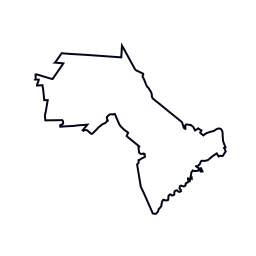 Rosiori De Vede, Teleorman, Romania (Mercator projection), rotated 100°
{"feature_id": "2599482B51829763459772", "entity_name": "Rosiori De Vede", "entity_type": "district", "adm_level": 2, "iso_a3": "ROU", "parent_name": "Romania", "parent_adm1": "Teleorman", "projection": "mercator", "projection_center": [24.982, 44.064], "detail": "fine", "context": "isolated", "style": "outline", "palette": "ink", "viewbox_px": 256, "rotation_deg": 100, "n_neighbors": 0, "source": "geoboundaries", "source_scale": "gbopen_adm2", "svg_char_len": 4981}
<svg xmlns="http://www.w3.org/2000/svg" viewBox="0 0 256 256"><g transform="rotate(100 128 128)"><path d="M157.8,112.0L160.4,111.5L162.3,112.7L166.6,111.2L180.2,106.4L181.1,106.1L183.5,105.3L189.5,101.0L197.4,95.7L205.5,90.3L207.8,88.8L207.9,87.5L207.9,87.0L207.8,86.5L207.6,85.6L206.5,84.8L206.1,84.5L205.7,84.2L204.6,83.9L203.2,83.7L202.3,83.6L201.0,82.6L200.3,82.2L199.7,81.9L198.3,81.5L197.6,81.8L195.7,81.7L194.1,81.5L192.7,80.9L192.4,80.1L192.8,79.1L192.6,77.8L192.4,76.5L191.7,75.9L189.0,76.2L187.5,76.3L186.5,75.5L186.0,74.5L186.3,74.0L186.8,73.3L186.6,72.1L185.9,71.1L185.2,70.9L183.7,71.2L182.4,71.1L181.5,70.4L180.9,69.1L181.5,67.9L182.0,66.9L181.9,65.9L181.0,64.9L179.9,65.1L178.7,66.7L177.9,66.9L176.1,66.6L175.5,65.7L175.7,64.3L175.9,63.2L175.4,62.0L174.3,61.4L173.2,61.6L172.5,61.4L172.5,61.1L171.5,60.5L171.2,59.7L170.5,59.5L169.7,57.9L169.1,57.9L169.3,58.5L168.9,58.9L168.6,59.8L167.8,60.1L167.2,60.1L167.3,59.4L167.1,58.3L166.9,57.4L167.0,56.4L166.4,56.6L165.4,56.7L165.3,57.5L165.1,57.9L164.2,57.8L163.3,57.8L162.3,57.8L160.9,57.9L160.0,57.6L158.6,56.9L158.9,55.4L158.3,52.9L157.7,51.4L156.9,51.2L156.2,50.7L156.4,50.4L158.3,48.8L157.8,47.1L156.5,47.8L157.6,47.4L157.9,48.4L157.4,48.6L157.1,48.1L156.8,48.3L156.1,48.4L155.6,48.6L155.3,48.8L155.0,49.0L154.9,49.2L155.0,49.4L155.2,49.8L155.7,50.3L156.1,50.6L155.2,51.5L155.0,52.0L154.0,54.3L153.8,54.3L153.4,53.0L153.0,52.5L152.4,51.9L151.4,51.2L150.2,50.8L148.2,50.4L147.4,49.6L147.3,48.0L147.0,46.4L146.5,45.5L146.0,44.3L145.7,43.7L144.2,42.4L141.6,40.3L141.0,39.7L140.2,38.9L137.6,36.2L140.3,33.9L139.6,33.1L139.1,29.9L134.1,27.7L130.9,29.9L130.2,28.6L125.3,31.6L124.0,32.2L119.3,33.4L115.6,34.2L115.1,34.4L113.6,35.5L112.8,36.5L112.6,38.0L113.3,40.0L115.5,42.6L116.2,43.2L116.5,44.1L116.9,45.0L117.1,45.5L117.8,47.0L118.3,47.7L118.4,48.0L119.5,49.8L119.8,50.2L120.2,50.6L121.0,51.4L121.2,51.6L122.2,52.5L121.8,53.2L120.6,55.4L120.4,55.7L120.2,55.9L120.0,56.1L117.6,55.3L117.4,56.0L116.4,58.5L116.2,58.7L116.4,58.9L116.5,59.1L116.7,59.3L116.9,59.5L117.1,59.7L117.3,59.9L117.5,60.1L117.6,60.3L117.8,60.5L118.0,60.7L118.2,60.9L118.4,61.1L118.6,61.3L118.8,61.6L115.7,63.8L114.1,66.7L114.3,68.1L114.2,69.9L114.3,70.7L114.5,71.4L115.4,72.0L117.7,71.6L118.8,71.4L118.7,72.0L118.6,72.4L118.5,72.5L118.4,72.7L118.2,72.9L117.9,73.1L117.6,73.4L117.4,73.5L117.2,73.6L116.3,73.9L116.0,74.1L113.4,75.6L113.1,75.8L112.9,76.0L112.7,76.2L112.5,76.5L112.1,77.2L110.8,79.5L110.7,79.8L110.4,80.3L109.6,81.8L108.7,83.3L108.1,84.5L107.4,85.7L106.9,86.6L106.7,87.0L106.2,87.9L99.9,99.2L95.8,106.7L95.7,106.8L95.0,108.0L94.8,108.4L94.4,108.8L93.9,109.3L93.6,109.6L93.3,109.7L93.0,109.9L91.2,110.3L90.9,110.4L90.5,110.5L90.3,110.6L90.0,110.8L89.5,111.0L89.1,111.3L88.7,111.5L85.1,114.7L84.9,114.9L84.7,115.1L84.6,115.3L84.2,116.0L83.9,116.4L83.8,116.6L83.5,116.8L78.4,120.0L77.7,120.4L76.4,121.3L76.2,121.5L75.4,122.2L75.3,122.3L75.0,122.5L74.8,122.5L74.5,122.6L74.2,122.7L73.9,122.6L73.7,122.6L73.4,122.5L73.0,122.3L72.8,122.2L72.6,122.2L72.4,122.3L72.2,122.4L72.0,122.6L71.9,122.6L71.8,122.8L71.7,123.1L71.4,124.3L70.9,125.9L70.9,126.0L70.3,128.1L69.8,130.0L69.6,130.4L69.5,130.6L69.2,131.0L68.3,131.8L60.6,138.0L50.6,146.0L49.7,146.7L49.7,146.9L49.6,147.0L48.1,148.2L59.6,146.9L63.3,182.5L65.0,197.0L65.1,197.8L65.9,206.3L76.2,211.1L76.3,211.2L76.1,209.1L75.6,203.0L75.6,202.9L92.9,210.8L92.6,214.5L91.0,227.5L91.7,227.7L91.7,228.3L95.8,227.4L96.0,227.4L96.3,227.6L96.2,226.4L95.9,224.3L97.4,224.3L99.5,224.8L101.0,225.1L102.0,224.9L100.7,219.7L105.0,218.2L115.1,215.3L114.5,211.9L119.6,211.9L125.7,211.8L129.0,212.0L130.8,211.9L134.8,210.7L134.0,206.4L131.7,194.2L132.5,193.2L134.6,192.7L135.8,193.2L136.6,195.0L137.2,195.2L137.9,195.2L138.5,194.9L137.0,189.0L135.5,182.3L134.0,177.4L131.8,168.6L138.1,172.2L138.5,171.4L138.0,170.9L137.6,170.3L137.5,170.0L137.4,169.6L137.3,169.3L137.3,168.2L137.6,167.1L138.5,166.2L138.5,165.7L139.8,163.9L139.9,163.6L140.0,163.4L140.1,163.0L140.0,162.6L139.8,162.3L139.6,162.0L138.5,161.2L138.1,160.9L134.8,158.6L134.2,158.2L133.6,157.9L133.0,157.6L132.8,157.4L132.3,156.9L132.0,156.6L131.2,156.1L130.3,155.2L129.9,154.9L129.4,154.5L128.3,153.3L127.9,152.5L127.4,151.7L126.2,150.6L125.9,150.4L124.9,150.1L124.6,149.2L124.4,149.2L124.0,149.2L123.8,149.3L123.6,149.5L122.7,150.2L122.5,150.3L121.4,150.6L121.2,150.7L120.7,150.6L118.9,149.3L118.2,148.7L117.7,148.1L117.5,147.4L117.4,146.9L117.4,146.7L117.3,145.3L117.0,144.5L116.9,144.1L116.9,143.9L116.7,143.9L116.7,143.7L116.5,143.4L119.1,141.6L119.9,141.2L121.4,140.2L122.2,139.7L123.1,139.1L124.4,138.2L125.7,137.3L126.2,136.9L126.8,136.3L127.5,135.7L128.4,134.4L130.3,131.6L132.5,127.1L136.2,127.9L137.3,126.1L144.2,113.7L144.4,113.7L144.6,114.5L148.6,113.3L150.2,112.9L151.2,111.2L151.3,110.6L151.2,110.1L150.8,109.0L150.5,108.3L149.9,107.7L150.3,108.1L150.7,107.2L151.3,107.3L151.4,106.9L153.4,106.3L155.0,108.3L155.2,108.7L155.8,109.4L156.6,110.3L157.2,110.9L157.4,111.1L157.8,112.0Z" fill="none" stroke="#020617" stroke-width="2"/></g></svg>